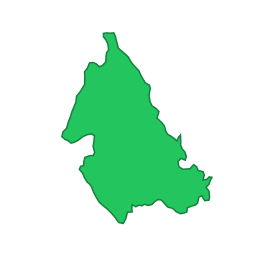 Santa Cruz da Esperança, São Paulo, Brazil (Equal Earth projection), rotated 163°
{"feature_id": "56859067B44664335204438", "entity_name": "Santa Cruz da Esperança", "entity_type": "district", "adm_level": 2, "iso_a3": "BRA", "parent_name": "Brazil", "parent_adm1": "São Paulo", "projection": "equal_earth", "projection_center": [-47.445, -21.286], "detail": "fine", "context": "isolated", "style": "filled", "palette": "green", "viewbox_px": 256, "rotation_deg": 163, "n_neighbors": 0, "source": "geoboundaries", "source_scale": "gbopen_adm2", "svg_char_len": 1892}
<svg xmlns="http://www.w3.org/2000/svg" viewBox="0 0 256 256"><g transform="rotate(163 128 128)"><path d="M75.9,36.1L71.8,35.3L70.1,38.3L69.0,43.9L70.7,48.5L67.2,50.4L65.1,53.1L62.2,56.3L64.6,57.5L67.8,55.8L71.5,56.3L68.8,60.7L69.0,64.3L73.3,66.8L73.7,70.7L75.8,73.8L80.6,70.9L84.5,71.8L87.7,72.6L90.6,76.1L90.1,81.3L86.2,83.4L82.7,80.5L80.5,83.7L80.6,88.4L82.3,92.2L82.6,96.5L81.3,100.4L79.8,106.0L82.4,104.4L85.0,101.3L87.0,104.7L89.2,107.5L91.9,110.4L92.8,113.8L92.6,119.2L93.9,122.8L97.4,129.1L95.3,132.0L93.6,134.6L95.3,138.2L98.6,142.2L99.2,146.5L98.5,152.1L97.3,155.4L95.1,159.2L95.0,162.7L98.2,166.0L100.1,173.5L100.9,179.6L103.2,184.3L104.6,187.2L105.9,190.8L106.9,195.6L108.6,198.7L111.4,203.2L113.9,207.1L113.3,219.7L113.7,223.1L117.5,223.9L120.3,225.1L123.8,225.7L124.8,222.3L123.3,218.4L122.7,214.2L123.6,208.6L126.6,206.0L128.0,203.0L129.8,197.8L134.2,195.2L137.5,195.0L139.7,198.7L142.1,200.8L145.8,201.5L149.0,197.4L153.3,194.3L153.9,190.9L155.6,186.1L156.7,182.4L159.3,180.1L161.4,178.1L163.6,176.3L167.9,173.5L170.2,168.0L173.3,164.2L176.8,160.1L180.1,155.1L183.1,151.5L186.9,145.6L191.2,143.4L193.8,139.1L191.8,135.9L188.7,133.0L187.0,130.2L184.1,130.0L180.5,130.5L177.8,131.3L173.7,133.0L169.3,133.5L164.7,133.1L162.3,130.4L164.4,125.4L166.8,120.5L167.0,114.4L169.2,111.9L172.5,112.7L177.8,112.5L180.2,108.6L181.4,105.1L184.5,105.2L186.6,102.7L184.7,98.2L184.1,93.0L182.9,88.3L181.1,85.5L180.1,82.4L179.7,76.8L178.7,71.3L177.2,65.5L174.7,61.3L171.1,56.0L168.6,51.1L166.3,45.8L164.5,40.3L160.4,38.1L156.4,42.2L153.2,47.6L148.5,46.5L147.9,49.9L146.4,53.4L143.6,50.4L139.9,51.0L137.4,49.5L134.8,50.4L131.6,48.1L127.4,47.8L123.6,50.0L120.4,50.8L117.1,49.3L114.8,44.3L112.8,40.4L110.2,39.1L107.9,37.0L106.5,34.0L102.9,30.7L99.0,30.3L96.3,30.5L94.5,34.4L89.6,34.7L86.1,34.6L83.4,35.9L80.5,41.1L77.2,41.6L75.9,36.1Z" fill="#22c55e" stroke="#15803d" stroke-width="1.5"/></g></svg>